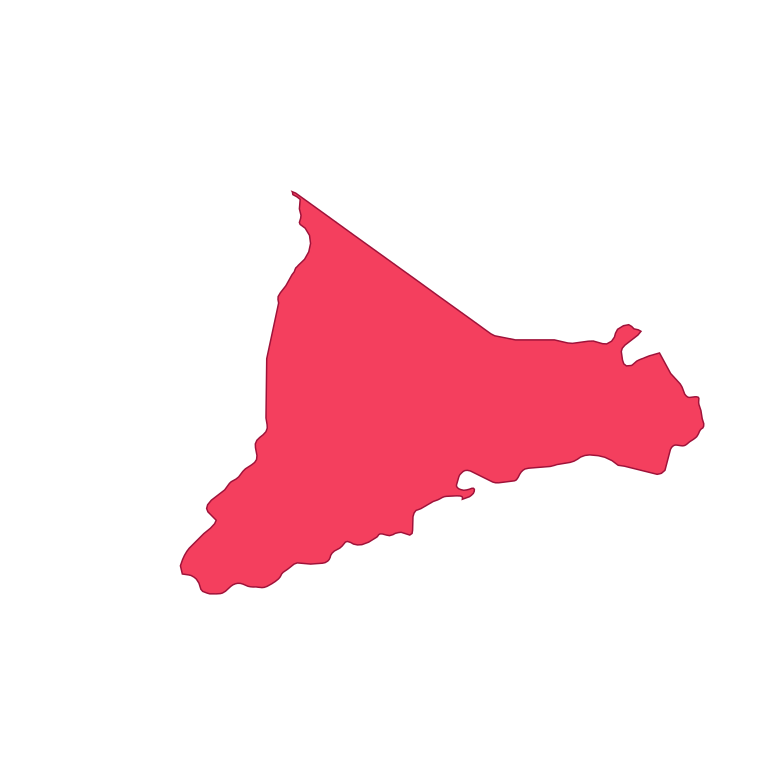 Morona Santiago, Equal Earth projection, rotated 241°
{"feature_id": "ECU-1285", "entity_name": "Morona Santiago", "entity_type": "Province", "adm_level": 1, "iso_a3": "ECU", "parent_name": "Ecuador", "parent_adm1": "", "projection": "equal_earth", "projection_center": [-78.23, -2.513], "detail": "fine", "context": "isolated", "style": "filled", "palette": "rose", "viewbox_px": 768, "rotation_deg": 241, "n_neighbors": 0, "source": "natural_earth", "source_scale": "10m", "svg_char_len": 3615}
<svg xmlns="http://www.w3.org/2000/svg" viewBox="0 0 768 768"><g transform="rotate(241 384 384)"><path d="M596.6,397.0L593.8,399.3L576.6,407.4L553.0,418.5L529.5,429.5L506.0,440.6L482.5,451.7L459.0,462.8L435.5,473.8L412.0,484.9L388.5,496.0L383.3,498.4L376.1,501.8L372.5,504.2L358.8,520.4L339.9,554.5L330.8,564.6L328.2,568.5L322.4,583.4L320.1,587.9L313.3,594.7L311.1,598.2L311.1,603.8L313.3,608.3L316.2,611.1L318.6,614.8L318.9,621.7L317.2,626.8L314.3,628.5L311.0,629.4L308.1,632.7L305.5,634.3L303.7,629.8L301.2,613.6L299.8,609.8L297.4,607.3L289.3,604.2L285.4,603.5L282.3,604.8L280.2,609.5L280.4,611.1L281.5,616.1L281.4,618.9L280.0,629.7L277.6,640.0L277.4,640.0L254.2,639.8L240.4,643.1L236.7,643.2L229.4,642.1L227.2,642.5L225.5,643.2L224.5,644.1L223.9,645.2L222.0,649.9L221.1,651.4L219.9,652.5L218.7,652.4L215.4,650.3L213.4,649.5L207.1,648.3L199.4,645.5L194.2,644.4L192.1,643.1L191.0,641.5L190.9,639.8L190.4,638.3L189.5,636.8L188.1,635.0L187.1,633.4L186.3,631.9L185.9,630.1L185.6,627.9L185.3,623.3L184.6,619.9L184.4,618.1L184.6,616.5L185.3,614.9L186.3,613.5L188.3,610.9L189.2,609.6L189.7,608.0L189.6,606.5L189.1,604.7L187.9,602.8L172.3,587.9L171.4,583.4L171.8,581.6L172.6,579.1L195.6,554.4L199.4,549.4L206.4,546.3L212.8,541.7L217.4,536.7L222.3,529.5L224.1,525.1L224.8,520.5L224.4,516.8L224.4,512.8L225.2,508.8L229.7,496.2L230.2,493.6L231.3,489.4L240.2,469.8L241.3,466.2L241.2,463.8L240.5,461.3L239.2,458.8L237.6,456.5L236.5,454.5L235.9,452.8L236.1,451.1L242.0,436.4L243.6,433.6L245.5,431.6L266.2,417.3L268.2,414.9L269.1,412.7L269.1,410.6L268.6,408.6L267.9,406.3L266.6,404.5L260.7,398.6L259.6,397.9L258.0,397.9L256.1,398.6L254.4,400.0L252.4,402.2L251.3,404.9L250.6,407.6L250.2,410.3L249.4,411.7L248.1,412.0L246.4,410.9L245.0,409.1L244.3,406.5L244.0,404.1L245.2,396.6L246.5,397.6L247.1,397.6L247.7,397.6L248.3,397.1L249.1,396.4L251.0,393.3L255.5,384.1L256.2,382.2L256.5,380.1L256.5,377.2L256.6,374.8L257.4,370.1L257.1,355.8L257.5,353.0L257.9,350.7L256.6,347.8L253.9,345.0L242.2,338.1L239.7,336.1L239.4,333.3L246.0,327.1L247.0,324.7L247.9,321.5L247.9,318.8L248.7,315.3L250.6,313.0L253.7,309.8L254.8,307.8L254.8,306.3L254.1,305.0L253.6,303.7L253.1,293.9L254.2,286.8L256.1,282.8L258.8,279.7L261.6,278.0L264.0,275.7L264.5,273.7L262.6,268.9L261.9,265.8L262.0,259.7L261.2,256.5L259.9,254.2L258.5,252.9L257.1,251.0L256.4,249.0L256.3,245.9L257.1,243.3L262.1,232.5L269.6,221.4L270.1,218.1L268.8,210.4L268.2,204.5L267.5,202.4L266.5,201.0L265.6,199.6L264.7,197.3L264.0,193.2L263.7,189.0L263.7,183.6L264.2,180.7L265.1,178.5L266.2,177.0L267.2,175.5L268.5,173.8L270.0,171.0L271.4,168.9L273.0,167.0L277.4,163.6L279.2,161.8L280.6,159.5L281.3,157.3L281.6,154.5L281.3,151.9L279.6,144.9L279.5,141.4L280.0,139.3L281.8,135.5L285.0,129.8L287.0,127.8L290.5,124.9L293.2,124.3L299.5,125.6L304.3,125.3L307.0,124.3L310.1,122.4L311.8,120.5L315.6,115.5L323.7,117.8L328.1,122.7L330.9,126.5L333.2,130.4L334.8,134.0L340.5,153.9L342.0,162.3L343.9,168.1L346.2,171.2L349.0,170.4L357.5,168.0L361.1,168.5L363.9,171.2L366.1,176.7L368.6,193.3L372.0,200.6L372.6,202.9L372.6,208.5L373.2,211.9L376.0,218.2L377.0,221.7L377.5,229.2L378.1,232.8L379.7,235.9L383.0,238.2L390.6,240.7L394.0,242.4L396.4,245.5L397.5,249.4L398.2,253.6L399.5,257.6L402.0,260.5L405.0,262.0L411.5,264.3L463.0,293.7L505.9,331.1L509.2,332.2L511.8,333.8L514.1,337.7L517.5,345.8L524.1,356.4L525.7,360.0L527.0,361.4L528.3,363.1L528.9,365.5L529.3,366.4L531.6,375.0L536.1,382.3L542.5,387.9L550.1,390.9L558.5,390.6L564.2,388.0L566.3,388.3L569.4,391.5L571.8,393.2L578.2,394.9L586.1,400.2L590.1,398.5L593.8,396.1L596.4,397.0L596.6,397.0Z" fill="#f43f5e" stroke="#9f1239" stroke-width="1.5"/></g></svg>